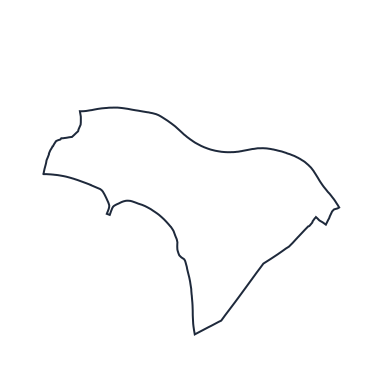 Hattem, Gelderland, Netherlands (Mercator projection), rotated 330°
{"feature_id": "6326949B74620777468908", "entity_name": "Hattem", "entity_type": "district", "adm_level": 2, "iso_a3": "NLD", "parent_name": "Netherlands", "parent_adm1": "Gelderland", "projection": "mercator", "projection_center": [6.046, 52.477], "detail": "fine", "context": "isolated", "style": "outline", "palette": "slate", "viewbox_px": 384, "rotation_deg": 330, "n_neighbors": 0, "source": "geoboundaries", "source_scale": "gbopen_adm2", "svg_char_len": 5752}
<svg xmlns="http://www.w3.org/2000/svg" viewBox="0 0 384 384"><g transform="rotate(330 192 192)"><path d="M72.3,102.2L72.5,102.4L73.9,103.2L75.1,103.9L75.7,104.3L76.6,104.9L78.0,105.8L80.3,107.4L82.3,108.9L83.1,109.4L83.5,109.8L84.0,110.1L86.3,112.0L88.8,114.1L90.8,115.9L92.0,117.1L93.3,118.4L94.0,119.1L95.4,120.6L96.1,121.3L96.6,121.9L98.5,124.0L99.2,124.8L104.8,131.5L107.8,135.2L107.7,135.3L109.0,137.0L112.0,141.0L113.9,143.5L114.6,145.1L114.7,145.5L115.0,147.0L115.0,148.1L115.0,150.4L114.9,152.1L114.7,155.0L114.6,155.7L114.3,159.0L114.0,160.7L113.6,162.3L112.6,163.8L111.4,165.0L110.1,166.1L107.3,168.3L107.8,168.9L109.3,170.7L110.4,169.8L111.2,169.1L112.6,167.9L113.4,167.3L114.6,166.3L116.1,165.4L117.0,165.1L118.0,165.0L118.7,165.0L119.6,165.0L121.1,165.1L122.7,165.3L124.6,165.4L125.9,165.5L127.2,165.7L127.7,165.8L128.6,166.0L129.1,166.2L129.5,166.3L129.9,166.4L130.4,166.6L130.9,166.8L131.3,167.0L131.7,167.2L131.9,167.4L132.8,167.9L134.3,169.0L134.8,169.5L135.5,170.2L137.9,173.0L139.9,175.5L140.3,175.9L141.0,176.7L142.2,178.0L143.2,179.3L144.2,180.6L145.7,182.9L146.0,183.4L147.1,185.2L147.4,185.7L147.7,186.2L149.0,188.9L150.0,190.9L150.9,192.8L151.1,193.2L152.0,195.3L153.0,198.2L153.1,198.5L154.1,201.7L154.9,205.0L155.6,208.3L155.9,210.0L156.2,211.5L156.3,211.7L156.5,215.0L156.5,216.4L156.5,216.7L156.2,218.4L155.8,220.7L155.8,220.8L155.7,221.1L155.6,222.0L155.4,223.3L155.3,224.4L155.1,225.5L154.2,228.3L153.2,229.8L151.8,232.1L151.2,233.3L150.7,234.2L150.2,235.7L149.9,237.1L149.7,237.9L149.5,239.1L149.4,240.1L149.3,240.5L150.1,243.3L151.2,245.5L151.6,246.4L151.6,246.5L151.6,248.1L151.3,249.5L150.4,252.9L150.1,254.1L149.3,256.3L148.3,259.7L146.9,264.6L145.6,268.5L145.0,270.0L142.8,275.7L141.9,277.4L141.2,278.9L140.4,280.6L140.1,281.4L139.0,283.7L137.0,288.0L135.7,290.6L133.2,295.3L131.1,299.0L129.9,301.3L127.1,306.8L126.1,309.1L124.9,312.1L124.5,313.1L124.3,313.7L123.2,316.7L126.0,316.8L138.5,317.3L141.8,317.5L150.3,317.8L153.0,318.0L159.1,315.3L173.3,309.3L180.0,306.4L191.8,301.2L208.0,294.0L213.2,291.8L218.0,289.7L227.1,289.3L230.5,289.1L235.4,288.8L236.3,288.7L237.8,288.6L243.2,288.1L245.0,287.9L248.4,287.8L248.6,287.8L251.9,286.9L253.1,286.6L254.1,286.3L258.8,284.8L259.9,284.5L260.4,284.3L261.0,284.1L261.9,283.9L262.5,283.7L262.8,283.6L271.1,281.1L275.0,280.0L275.2,279.9L275.4,279.9L276.3,280.1L277.0,280.0L280.9,278.6L281.0,278.5L281.8,277.7L282.3,277.5L285.4,276.1L286.0,276.1L286.8,275.7L287.5,277.9L287.9,279.6L288.0,280.0L288.3,280.7L290.0,283.6L291.6,287.2L292.2,286.8L296.4,284.0L296.7,283.9L298.3,282.8L299.0,282.1L301.2,280.6L303.6,278.9L305.2,278.4L306.4,278.1L308.3,278.6L309.9,279.0L310.6,279.0L311.7,279.0L311.7,277.4L311.7,276.2L311.6,274.9L311.5,273.0L311.5,272.3L311.3,269.5L311.1,268.1L310.8,266.0L310.7,265.0L310.3,262.4L310.0,261.1L309.7,259.9L309.5,258.5L309.2,256.5L308.7,253.4L308.5,251.6L308.2,247.7L308.1,245.2L308.1,243.1L308.0,240.0L307.9,237.3L307.8,235.7L307.8,234.5L307.7,234.1L307.6,233.0L307.4,231.6L307.3,230.7L307.0,229.5L306.6,228.1L306.3,226.9L305.7,225.2L305.1,223.5L305.0,223.1L304.7,222.4L304.4,221.7L303.9,220.7L303.2,219.5L302.9,218.9L302.3,217.7L301.9,217.0L301.5,216.4L301.0,215.5L300.3,214.5L299.4,213.1L298.6,211.9L297.6,210.7L296.8,209.7L295.9,208.5L295.0,207.5L294.4,206.9L293.6,206.0L293.2,205.4L292.8,204.9L292.5,204.6L291.5,203.5L290.1,201.9L289.9,201.7L288.5,200.4L287.1,199.1L285.6,197.6L284.8,196.9L283.9,196.0L283.0,195.3L282.1,194.5L281.4,193.9L281.2,193.7L280.9,193.5L280.0,192.8L279.5,192.4L278.5,191.6L277.1,190.7L275.9,189.9L275.1,189.4L272.7,188.1L270.8,187.0L267.1,185.6L265.9,185.0L261.5,183.5L257.8,182.2L256.4,181.7L255.1,181.3L254.7,181.1L252.7,180.4L252.4,180.3L250.5,179.4L249.5,179.0L248.5,178.5L247.6,178.1L246.4,177.4L245.5,176.9L244.4,176.3L243.4,175.7L242.2,175.0L240.8,174.1L239.9,173.5L238.5,172.5L237.6,171.9L236.9,171.3L234.8,169.6L234.0,168.9L232.8,167.9L229.9,165.1L229.2,164.4L227.9,162.9L227.6,162.6L225.8,160.4L224.8,159.2L224.4,158.6L223.8,157.8L223.2,157.0L222.3,155.6L222.1,155.2L221.8,154.8L221.7,154.6L221.3,154.0L221.1,153.7L220.9,153.3L220.7,153.0L220.5,152.7L219.4,150.9L219.1,150.3L219.0,150.1L218.5,149.1L218.2,148.5L217.7,147.4L216.7,145.3L216.2,144.1L215.2,141.8L214.8,140.7L214.5,139.8L213.9,138.4L212.9,135.1L211.8,131.6L211.6,131.0L210.3,126.9L209.7,125.4L208.6,122.8L208.4,122.3L207.8,121.0L206.5,118.1L206.3,117.7L204.2,113.6L203.0,111.3L201.5,108.8L200.5,107.5L199.9,106.7L197.8,104.6L197.2,104.0L195.0,102.1L194.3,101.4L193.2,100.6L189.8,97.8L186.0,94.6L184.1,93.1L181.2,90.7L178.1,88.0L175.7,86.1L175.2,85.7L173.9,84.7L172.7,83.8L170.9,82.5L169.3,81.4L167.9,80.6L164.8,78.9L163.2,78.0L161.8,77.3L160.2,76.6L159.2,76.1L155.8,74.5L152.1,73.0L149.0,71.9L146.0,70.9L145.1,70.5L143.8,70.0L141.1,69.0L139.3,68.2L138.1,67.6L137.0,67.0L136.1,66.5L135.3,66.0L134.8,67.3L133.6,70.6L133.3,71.3L133.0,71.8L132.8,72.2L131.0,75.3L130.6,76.0L129.5,77.6L129.3,77.9L129.1,78.1L126.9,79.7L125.3,80.9L125.1,81.0L124.4,81.7L124.2,82.0L123.9,82.3L123.7,82.4L123.5,82.5L121.5,82.9L118.3,83.7L115.5,84.3L115.3,84.2L115.0,84.0L114.7,83.9L112.5,83.0L111.6,82.7L111.3,82.6L109.7,82.0L108.6,81.5L107.7,81.2L106.9,80.8L106.3,80.5L106.0,80.3L105.9,80.2L105.7,80.1L104.7,80.5L104.3,80.7L104.1,80.7L103.8,80.6L103.3,80.5L102.1,80.2L100.4,80.0L100.1,80.0L99.7,80.0L99.2,80.1L98.6,80.6L97.4,81.1L96.5,81.6L95.0,82.5L94.8,82.7L94.4,82.9L94.0,82.8L93.9,82.9L93.1,83.4L92.8,83.6L91.7,84.2L91.2,84.5L90.8,84.7L90.6,84.8L90.4,84.9L89.9,85.2L89.4,85.6L88.7,86.1L88.2,86.5L87.3,87.2L87.2,87.3L87.0,87.8L84.9,89.5L83.5,90.6L82.8,91.1L81.9,91.8L81.5,92.3L80.8,93.1L80.6,93.4L79.4,94.7L79.2,94.9L78.4,95.7L75.5,98.6L75.1,99.1L74.6,99.6L73.7,100.6L73.5,100.9L72.5,102.0L72.3,102.1L72.3,102.2Z" fill="none" stroke="#1e293b" stroke-width="2"/></g></svg>